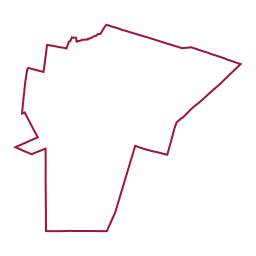 outline of Caraula, Dolj, Romania
{"feature_id": "2599482B35148245889168", "entity_name": "Caraula", "entity_type": "district", "adm_level": 2, "iso_a3": "ROU", "parent_name": "Romania", "parent_adm1": "Dolj", "projection": "equal_earth", "projection_center": [23.254, 44.175], "detail": "fine", "context": "isolated", "style": "outline", "palette": "rose", "viewbox_px": 256, "rotation_deg": 0, "n_neighbors": 0, "source": "geoboundaries", "source_scale": "gbopen_adm2", "svg_char_len": 3301}
<svg xmlns="http://www.w3.org/2000/svg" viewBox="0 0 256 256"><path d="M106.8,231.2L115.3,212.2L135.2,145.8L140.5,147.7L143.9,148.9L147.0,149.8L149.5,150.4L153.1,151.3L155.3,151.8L160.4,153.0L163.9,153.9L165.2,154.2L167.3,154.7L168.9,148.9L169.7,145.9L171.0,141.5L171.5,139.6L174.3,129.0L175.0,126.9L176.4,123.0L176.8,122.4L177.6,121.5L178.0,121.1L179.1,120.2L179.4,119.9L180.1,119.4L180.6,118.9L181.1,118.6L183.0,117.4L189.8,110.5L189.8,110.4L193.6,106.9L199.9,101.9L207.0,95.5L209.0,93.6L212.1,90.8L215.9,87.6L220.1,83.9L222.0,82.0L240.6,64.1L236.7,62.8L234.2,61.9L231.9,61.1L227.9,59.8L223.2,57.9L213.9,54.9L211.1,54.0L208.0,52.8L205.8,52.1L204.7,51.7L202.8,51.2L198.8,49.9L196.4,49.0L195.0,48.5L192.5,47.7L191.6,47.3L190.9,47.4L188.4,47.6L185.2,47.9L182.1,48.2L181.8,48.1L181.5,48.0L180.7,47.8L179.8,47.5L178.8,47.1L177.9,46.8L177.0,46.6L176.0,46.3L175.0,46.0L174.0,45.7L173.0,45.4L172.5,45.2L172.0,45.1L171.1,44.8L170.2,44.6L169.5,44.4L169.1,44.2L168.1,43.9L167.1,43.6L166.0,43.2L164.9,42.9L163.9,42.6L162.8,42.2L161.7,41.9L160.9,41.6L159.9,41.3L159.3,41.1L158.5,40.9L157.6,40.6L156.7,40.3L155.7,40.0L154.8,39.7L153.8,39.3L152.8,39.0L151.8,38.7L150.7,38.4L149.7,38.1L148.7,37.8L147.7,37.4L146.6,37.1L145.6,36.8L144.6,36.5L144.0,36.3L143.6,36.2L142.9,36.0L142.0,35.8L141.7,35.6L140.7,35.4L139.4,35.0L131.7,32.7L129.6,32.1L127.7,31.5L125.2,30.7L122.7,30.1L119.4,28.9L118.4,28.5L116.0,27.7L112.6,26.8L108.7,25.5L106.3,24.8L104.2,27.7L100.5,33.9L98.7,34.0L98.1,34.0L97.6,34.3L97.2,34.8L96.5,35.6L95.9,35.8L94.6,36.1L93.6,36.5L92.2,37.4L91.3,37.8L89.7,38.5L89.0,38.6L88.1,38.7L87.9,39.5L85.4,39.6L81.9,39.8L81.7,40.2L79.2,40.9L77.5,41.4L76.7,41.7L76.4,41.1L76.4,40.9L76.4,40.2L76.3,39.4L76.3,38.6L76.2,38.0L76.0,37.8L75.7,37.6L75.2,37.6L74.5,37.7L73.7,37.7L72.4,37.6L72.0,37.4L71.9,37.8L71.3,38.8L71.0,39.7L70.7,40.3L70.4,40.4L70.1,41.0L69.8,41.3L69.5,41.4L69.1,41.6L68.9,41.8L68.7,42.3L68.2,43.5L67.6,45.3L67.3,46.2L66.6,48.0L66.6,48.4L65.4,48.2L63.8,47.9L62.9,47.7L61.6,47.5L60.4,47.3L59.5,47.1L58.4,46.9L57.0,46.6L55.9,46.4L54.6,46.2L52.9,45.9L51.4,45.6L49.7,45.4L47.2,44.9L47.0,45.2L46.9,45.7L46.9,46.4L46.7,47.4L46.6,47.9L46.6,48.4L46.5,49.2L46.4,50.2L46.2,51.5L46.1,52.6L46.0,53.5L45.7,55.4L45.5,57.1L45.4,58.0L45.2,59.2L45.0,60.5L44.9,62.0L44.6,64.0L44.4,65.6L44.2,67.1L43.9,69.2L43.5,72.0L35.7,69.9L29.3,68.3L28.1,67.9L27.8,68.2L27.2,69.6L26.8,71.8L26.6,73.5L25.9,78.3L25.3,81.8L24.8,85.7L24.1,93.4L23.8,95.1L23.3,101.1L22.9,104.0L22.6,107.7L22.2,111.9L22.1,113.5L24.7,112.4L24.8,112.6L26.1,115.3L31.2,125.0L34.0,130.4L36.2,134.4L37.8,137.4L32.8,139.5L25.6,142.7L18.3,145.9L15.4,147.2L24.6,151.3L31.6,154.2L45.5,148.6L45.6,149.1L45.6,149.7L45.6,153.5L45.6,155.1L45.7,162.9L45.6,178.5L45.9,209.7L45.9,226.7L46.0,230.2L46.0,231.0L46.6,231.1L47.1,231.1L47.6,231.1L48.4,231.1L49.1,231.1L49.9,231.1L50.7,231.1L51.8,231.1L52.8,231.2L53.4,231.1L54.0,231.2L54.6,231.2L55.3,231.2L56.6,231.2L57.4,231.1L59.1,231.1L61.2,231.1L62.2,231.1L63.4,231.0L64.9,231.0L66.8,231.0L67.4,231.0L67.8,231.1L68.4,231.0L68.8,230.9L69.6,230.9L71.1,230.9L72.6,231.0L73.9,231.0L75.5,231.0L77.4,231.0L79.1,231.0L80.9,231.0L82.3,231.0L84.2,231.0L85.7,231.0L87.5,231.0L90.1,231.0L91.7,231.0L94.3,231.0L96.2,231.1L99.5,231.1L102.2,231.1L104.2,231.1L106.0,231.1L106.8,231.2Z" fill="none" stroke="#9f1239" stroke-width="2"/></svg>